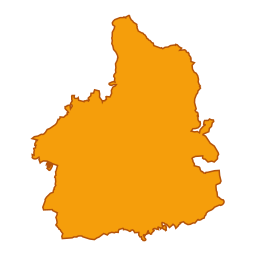 Feldru, Bistrita-Nasaud, Romania
{"feature_id": "2599482B57899759192665", "entity_name": "Feldru", "entity_type": "district", "adm_level": 2, "iso_a3": "ROU", "parent_name": "Romania", "parent_adm1": "Bistrita-Nasaud", "projection": "robinson", "projection_center": [24.581, 47.301], "detail": "fine", "context": "isolated", "style": "filled", "palette": "amber", "viewbox_px": 256, "rotation_deg": 0, "n_neighbors": 0, "source": "geoboundaries", "source_scale": "gbopen_adm2", "svg_char_len": 5830}
<svg xmlns="http://www.w3.org/2000/svg" viewBox="0 0 256 256"><path d="M195.0,223.0L197.8,219.6L198.2,219.5L198.9,220.2L200.7,219.8L202.7,218.5L204.1,218.1L204.8,215.9L205.8,215.0L206.3,213.1L208.0,211.4L211.7,209.8L213.6,208.3L214.3,207.3L218.8,205.3L219.9,205.0L220.6,205.4L222.3,204.7L223.5,203.5L224.0,202.3L224.0,201.2L223.3,199.9L222.1,199.7L220.4,198.8L219.4,197.7L217.5,196.6L217.0,192.1L216.3,190.5L215.9,185.9L216.3,184.7L220.0,183.2L221.0,181.1L219.6,175.4L219.2,170.4L214.6,170.7L207.7,172.3L205.9,172.4L205.5,173.2L203.6,172.9L202.5,171.6L201.4,171.5L200.3,169.8L199.7,167.6L199.1,167.0L194.2,165.7L194.4,164.1L192.8,161.2L192.9,160.5L192.0,158.4L192.8,157.6L195.4,156.4L202.7,155.9L202.6,158.1L203.7,159.0L205.1,159.1L208.0,162.0L211.7,161.1L214.2,162.0L217.5,158.8L217.5,156.1L218.6,154.3L218.1,152.6L214.3,146.1L210.2,143.2L205.6,136.2L202.9,134.8L203.2,134.1L208.8,131.7L209.4,128.4L211.5,126.4L212.3,122.7L213.7,121.6L213.4,120.0L211.3,119.8L209.5,119.0L208.4,120.4L204.6,120.5L204.0,121.8L203.7,124.3L205.0,124.6L204.9,125.3L204.3,125.3L200.8,129.0L200.1,130.0L199.5,132.8L197.3,131.5L194.6,131.9L191.2,131.1L192.9,128.7L195.3,128.6L198.1,127.8L199.9,126.0L200.4,123.5L200.1,121.7L199.4,121.9L198.0,119.8L197.9,116.3L197.3,115.9L197.6,115.3L198.2,115.7L197.9,113.1L197.3,112.3L196.4,112.3L195.1,110.4L196.2,108.9L194.5,102.6L194.7,98.9L196.3,94.7L197.6,92.9L198.0,90.9L200.5,88.1L199.6,86.6L200.3,86.0L199.2,84.5L198.2,81.9L198.5,79.2L197.7,75.8L196.2,73.3L194.2,72.2L192.5,69.2L192.1,65.3L194.4,62.7L191.0,61.5L191.0,59.4L190.5,58.9L191.0,58.4L190.7,57.3L189.0,54.9L188.9,53.6L188.2,52.5L187.5,52.6L186.3,51.8L185.9,50.6L184.7,49.8L179.8,50.3L181.6,48.1L179.4,47.0L177.2,44.8L175.7,44.4L175.5,45.3L174.6,45.0L170.4,45.6L168.1,47.0L165.0,47.3L162.8,48.7L161.5,47.8L161.2,48.1L160.1,47.9L153.8,45.6L153.2,43.1L151.9,42.7L150.1,40.6L149.0,40.2L147.7,38.7L146.9,38.4L146.3,36.9L144.9,34.9L143.7,34.3L143.3,33.5L142.5,33.0L141.7,32.9L138.3,31.0L137.0,27.7L137.2,26.8L136.7,25.5L136.8,24.4L133.4,22.2L132.9,21.3L131.2,19.8L129.8,17.2L129.6,16.0L129.0,15.4L125.8,17.0L125.7,17.8L124.8,17.3L124.2,17.5L123.9,17.0L122.9,17.6L120.2,17.6L114.9,19.6L113.3,21.1L112.3,22.9L112.7,24.8L114.7,26.3L114.2,28.7L112.3,32.3L112.2,36.7L111.8,37.9L112.3,40.7L111.8,43.6L112.8,45.8L113.6,49.5L115.9,52.1L117.5,55.4L118.0,57.8L117.6,58.0L117.3,60.1L115.5,63.8L115.9,67.6L115.5,70.0L115.8,72.5L114.1,74.7L113.7,76.3L114.8,78.2L114.5,80.5L114.9,82.0L113.7,81.6L111.7,82.1L109.2,83.3L109.0,84.1L109.9,85.0L111.5,85.4L113.9,84.5L116.3,84.6L115.4,85.9L112.9,87.1L111.4,90.3L111.6,93.5L110.0,96.9L106.4,96.5L105.9,96.9L106.4,98.0L106.0,99.1L106.3,99.5L105.2,100.0L104.8,100.8L103.1,100.7L102.4,102.1L102.2,100.9L99.5,97.1L99.7,94.0L99.1,90.9L94.6,89.8L93.6,93.1L91.0,93.3L90.8,95.8L88.3,98.0L88.3,99.4L89.1,99.6L89.1,100.2L88.4,101.1L87.3,100.4L86.5,100.4L85.9,100.8L84.3,100.9L84.1,101.7L78.7,100.3L78.2,97.6L77.5,98.4L74.8,98.4L74.1,97.2L74.4,95.5L72.0,95.5L71.7,96.2L71.8,99.7L72.2,100.9L70.6,103.5L70.6,104.5L72.0,105.1L72.2,106.2L70.5,108.8L70.1,105.7L69.3,105.1L67.1,105.6L66.7,106.4L65.1,106.6L65.1,108.6L68.1,111.8L68.4,112.5L67.4,112.6L67.0,113.1L67.4,114.5L65.9,115.2L63.7,117.3L60.1,116.9L60.0,118.1L58.9,119.6L58.1,119.4L56.7,123.1L55.3,124.7L49.9,128.4L47.2,129.5L45.4,132.4L43.8,134.0L42.9,134.4L41.2,134.3L38.0,136.0L34.3,136.7L32.0,138.6L37.5,140.0L37.2,140.6L36.1,140.6L35.9,141.9L34.9,143.6L34.8,145.2L35.9,145.3L35.5,145.9L35.5,147.9L33.7,148.4L34.3,150.6L33.9,152.1L34.0,155.2L32.2,154.5L32.5,156.6L32.2,157.6L33.3,158.6L35.0,159.0L36.7,158.6L38.9,157.2L39.4,159.2L39.0,159.5L40.2,162.9L40.9,162.2L43.4,160.9L47.0,161.1L48.0,161.6L46.6,163.9L46.4,164.9L47.6,164.6L48.1,163.5L48.3,161.7L49.9,162.4L48.4,164.9L48.9,165.1L50.1,164.2L50.2,162.7L50.6,162.6L51.9,163.4L51.7,164.1L50.3,165.9L48.2,165.5L47.4,166.5L47.7,166.9L49.0,166.5L49.8,166.7L49.5,167.5L47.6,167.5L47.0,168.3L49.1,170.3L49.8,170.3L50.9,168.9L52.2,166.4L52.8,163.8L57.6,165.5L56.1,171.0L55.6,171.6L55.9,175.4L55.0,176.1L54.7,177.3L55.4,178.0L55.7,181.6L55.2,184.2L55.8,185.2L54.0,188.2L54.3,189.2L53.5,190.0L53.1,192.3L50.4,193.3L46.5,197.2L45.1,199.4L45.2,200.7L42.8,207.2L43.6,209.9L52.3,209.6L52.8,210.6L57.3,212.8L57.0,213.4L57.2,214.5L55.9,217.4L56.6,219.4L57.1,222.3L56.8,223.6L55.9,224.9L56.2,225.6L56.9,225.6L57.1,226.5L58.8,228.3L58.9,229.0L60.3,229.7L60.9,231.1L62.8,233.6L61.8,236.4L62.3,238.6L72.3,237.8L74.0,236.9L76.9,237.0L77.0,236.6L78.5,236.0L80.2,235.9L81.9,236.0L82.6,236.7L89.8,239.0L94.4,239.6L97.1,237.8L98.8,237.2L103.8,233.5L107.3,235.0L109.0,233.2L111.8,232.3L114.4,232.8L115.7,232.2L118.2,232.4L118.3,231.2L119.0,229.5L122.7,228.4L123.3,228.5L123.5,229.7L124.9,229.4L127.5,230.1L129.8,231.4L130.7,231.1L131.0,230.3L132.7,229.9L133.9,231.1L134.7,232.7L138.8,232.4L138.8,235.1L140.1,237.0L141.4,236.8L141.6,239.1L142.3,239.3L143.1,240.5L144.8,240.6L145.6,240.1L145.8,239.3L144.3,237.4L144.3,236.5L144.7,236.2L144.7,235.7L143.5,235.7L143.4,235.4L143.6,234.9L145.2,235.1L145.2,234.7L146.4,234.3L147.4,232.6L147.9,232.4L148.0,232.0L147.6,232.0L147.8,231.1L148.2,230.9L148.4,231.8L148.2,233.5L149.2,233.0L150.6,234.2L151.5,234.0L151.8,232.9L154.1,230.6L154.0,230.1L153.2,230.0L152.9,229.4L153.5,228.7L155.0,228.4L155.7,228.9L156.6,228.9L157.0,229.4L157.7,229.1L158.5,229.5L158.4,228.8L158.0,228.5L157.9,227.6L158.2,227.1L160.2,227.8L160.7,228.9L162.1,227.5L162.7,228.5L164.1,229.5L164.9,229.5L165.6,230.6L166.3,230.1L166.1,228.8L166.4,227.2L165.9,227.0L166.0,226.0L164.4,225.5L163.7,225.6L163.1,226.5L162.6,226.2L162.1,224.8L161.9,223.0L162.2,222.5L164.3,223.1L165.2,224.1L166.7,224.3L169.5,227.5L172.3,225.1L172.8,224.3L173.4,224.4L175.0,226.1L175.8,228.3L178.4,225.7L178.8,224.7L180.6,223.4L180.3,222.7L183.5,221.7L184.9,223.1L187.9,224.6L190.2,224.3L193.2,222.9L195.0,223.0Z" fill="#f59e0b" stroke="#b45309" stroke-width="1.5"/></svg>